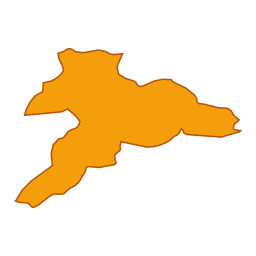 the Canton of Jura
{"feature_id": "CHE-160", "entity_name": "Jura", "entity_type": "Canton", "adm_level": 1, "iso_a3": "CHE", "parent_name": "Switzerland", "parent_adm1": "", "projection": "orthographic", "projection_center": [7.156, 47.327], "detail": "fine", "context": "isolated", "style": "filled", "palette": "amber", "viewbox_px": 256, "rotation_deg": 0, "n_neighbors": 0, "source": "natural_earth", "source_scale": "10m", "svg_char_len": 1634}
<svg xmlns="http://www.w3.org/2000/svg" viewBox="0 0 256 256"><path d="M69.4,48.6L72.2,49.4L75.0,51.6L83.1,52.7L98.6,50.0L105.9,51.6L110.0,53.9L110.6,54.0L114.1,54.6L122.6,53.7L116.9,66.8L118.7,74.3L125.5,78.4L134.6,81.3L135.9,82.3L136.8,83.9L138.0,85.6L140.4,86.6L142.5,86.2L154.3,81.0L162.6,79.3L171.2,79.6L172.0,81.0L173.0,81.8L186.0,88.2L194.4,95.0L196.6,98.5L197.1,102.2L198.2,103.2L199.1,103.7L202.5,103.8L217.7,107.6L223.7,108.2L226.0,108.0L228.6,108.9L231.2,110.8L234.1,115.7L239.2,119.8L234.1,124.6L233.4,127.7L233.7,129.1L234.8,129.9L240.6,130.6L239.8,131.7L221.2,137.1L187.0,134.5L184.0,133.2L183.4,131.5L182.2,129.3L181.4,129.0L180.6,129.8L180.0,131.8L178.8,133.4L177.1,135.1L174.6,136.2L173.1,137.2L171.8,138.6L169.4,140.5L165.8,142.8L157.8,145.7L153.1,146.7L147.1,147.1L120.8,141.7L120.0,146.5L120.5,148.5L120.0,150.2L118.7,151.6L115.5,153.9L115.0,155.3L114.8,156.3L114.9,157.8L115.4,161.1L116.1,163.0L114.5,164.6L99.1,167.5L89.3,166.6L87.3,167.0L86.0,168.2L85.5,170.8L85.2,171.6L84.7,172.7L82.4,176.1L80.9,179.1L78.7,182.1L75.3,185.4L70.3,188.1L67.4,190.2L64.0,193.6L60.8,194.3L53.7,194.0L50.0,196.0L38.8,204.7L35.3,206.7L32.9,207.4L31.5,206.7L30.5,205.4L27.6,203.0L19.0,202.3L15.4,200.9L16.1,200.3L22.0,190.5L31.2,181.1L52.4,165.6L51.2,154.1L53.2,144.7L59.1,138.6L62.0,138.3L63.6,137.6L68.2,131.5L71.5,129.6L74.7,128.7L77.6,126.8L80.0,121.7L76.8,117.1L72.1,112.8L67.5,109.0L61.7,111.8L24.6,115.3L26.2,109.4L30.1,102.2L34.7,96.2L42.7,91.5L43.3,82.8L47.3,81.9L51.4,81.0L56.5,78.1L61.1,74.2L63.5,70.3L62.0,64.8L58.8,58.4L58.0,53.3L63.8,51.5L66.6,49.4L69.4,48.6Z" fill="#f59e0b" stroke="#b45309" stroke-width="1.5"/></svg>